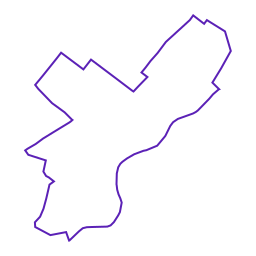 Philadelphia, Pennsylvania, United States of America (Mercator projection)
{"feature_id": "52423323B91759364179792", "entity_name": "Philadelphia", "entity_type": "district", "adm_level": 2, "iso_a3": "USA", "parent_name": "United States of America", "parent_adm1": "Pennsylvania", "projection": "mercator", "projection_center": [-75.14, 40.002], "detail": "fine", "context": "isolated", "style": "outline", "palette": "violet", "viewbox_px": 256, "rotation_deg": 0, "n_neighbors": 0, "source": "geoboundaries", "source_scale": "gbopen_adm2", "svg_char_len": 1301}
<svg xmlns="http://www.w3.org/2000/svg" viewBox="0 0 256 256"><path d="M27.6,148.7L25.2,150.4L28.3,154.8L45.8,160.4L43.4,171.6L46.1,176.0L48.8,177.4L53.9,181.4L49.5,184.6L46.3,198.4L43.5,208.7L40.1,216.7L34.9,222.3L35.2,227.0L50.4,235.1L66.1,232.1L69.1,240.6L69.4,240.5L79.0,231.3L82.8,228.2L86.8,227.2L92.2,227.0L107.3,226.6L110.6,225.4L112.5,223.5L113.9,222.1L114.1,221.8L118.2,215.4L119.9,212.1L121.7,202.6L120.3,198.3L118.6,194.5L118.5,194.2L117.2,189.7L116.7,185.4L116.5,184.3L116.8,173.4L117.9,168.7L118.2,167.3L120.3,163.8L122.4,161.8L124.3,160.4L127.2,158.3L134.3,154.2L134.6,154.1L143.4,150.8L146.4,150.2L146.6,150.1L157.2,145.7L164.8,136.6L165.4,135.8L170.3,125.9L173.0,122.3L173.2,122.1L177.9,118.9L183.8,116.8L193.0,113.5L195.8,112.0L197.8,110.5L209.2,98.8L213.0,94.3L218.8,89.3L219.1,89.2L212.4,82.6L221.1,68.4L230.8,51.0L225.0,31.4L206.9,20.1L204.1,23.8L193.2,15.4L189.8,20.1L171.6,36.7L168.4,39.6L165.8,42.0L157.6,53.0L150.5,61.0L145.6,67.5L141.5,72.5L147.4,77.0L137.9,86.8L133.5,91.5L132.5,90.9L114.4,77.2L106.7,71.4L91.0,59.6L83.4,69.4L61.1,52.7L56.7,58.4L42.9,75.6L35.2,84.9L38.3,88.9L52.1,103.2L64.6,112.3L72.1,119.8L72.4,120.0L71.4,120.9L70.7,121.5L69.3,122.5L58.6,129.0L52.4,132.8L44.3,137.8L43.4,138.3L35.7,144.0L27.6,148.7Z" fill="none" stroke="#5b21b6" stroke-width="2"/></svg>